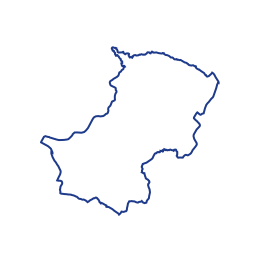 Kenedougou, Kénédougou, Burkina Faso, rotated 31°
{"feature_id": "67063806B9375485614542", "entity_name": "Kenedougou", "entity_type": "district", "adm_level": 2, "iso_a3": "BFA", "parent_name": "Burkina Faso", "parent_adm1": "Kénédougou", "projection": "albers", "projection_center": [-4.927, 11.414], "detail": "fine", "context": "isolated", "style": "outline", "palette": "blue", "viewbox_px": 256, "rotation_deg": 31, "n_neighbors": 0, "source": "geoboundaries", "source_scale": "gbopen_adm2", "svg_char_len": 5820}
<svg xmlns="http://www.w3.org/2000/svg" viewBox="0 0 256 256"><g transform="rotate(31 128 128)"><path d="M171.6,37.2L171.6,38.2L170.6,41.7L169.6,43.0L169.2,43.2L167.6,42.8L167.5,42.6L167.3,42.7L166.6,42.6L165.0,41.7L161.6,41.6L158.9,41.3L158.8,41.5L156.1,41.6L155.3,41.3L154.9,40.9L154.5,40.2L154.0,40.2L153.3,40.8L151.8,40.6L150.9,41.1L150.2,41.8L148.3,42.5L147.4,42.6L146.6,42.2L145.6,42.3L144.7,42.0L142.8,42.6L138.0,42.6L137.2,43.3L135.8,43.6L135.1,44.2L134.7,44.2L134.2,43.9L133.0,45.0L132.1,45.2L130.5,44.7L129.7,44.7L128.3,45.5L126.4,45.1L124.3,45.3L122.6,46.0L120.9,46.0L120.2,45.4L119.6,45.7L119.6,45.9L119.0,46.0L118.9,46.5L118.4,46.9L115.5,48.1L113.4,48.6L111.5,50.0L110.6,50.4L110.1,50.1L109.4,50.1L109.1,50.3L108.9,52.4L108.4,52.6L107.3,52.3L106.0,52.9L105.7,53.3L105.7,54.1L105.0,56.1L104.5,56.6L103.9,56.7L103.3,57.4L101.4,57.9L100.6,59.1L100.0,59.2L99.4,60.4L97.8,61.6L96.7,61.7L95.7,62.6L95.1,63.9L95.4,64.0L95.5,64.4L95.2,65.1L95.3,65.6L93.9,65.7L93.3,66.6L92.9,66.6L92.4,66.0L91.5,65.8L91.1,65.3L90.9,64.1L90.6,63.9L89.7,64.0L88.1,65.0L87.6,66.2L85.5,66.0L84.8,65.2L84.6,65.2L83.9,66.3L81.0,68.2L80.0,68.2L79.1,67.0L78.3,66.5L77.4,66.4L77.0,65.6L76.1,65.7L75.9,66.0L74.7,66.4L73.5,66.6L73.1,67.1L73.0,67.8L73.3,68.4L74.4,69.0L75.0,69.6L75.3,69.6L75.8,69.1L76.3,69.2L76.8,69.9L78.1,70.2L78.7,71.3L79.4,71.4L79.9,72.0L80.5,72.3L80.9,71.9L81.0,71.3L81.4,71.0L81.9,71.4L83.3,71.5L83.7,71.9L85.3,72.6L86.4,72.7L87.0,73.7L87.5,73.9L88.7,73.9L89.6,75.3L89.0,76.0L90.7,77.7L91.2,77.8L92.4,76.8L93.0,76.7L93.8,77.1L93.1,78.3L93.6,79.6L93.6,80.1L92.8,81.7L92.9,83.1L92.0,84.9L92.7,87.5L92.7,88.4L92.1,90.1L90.2,93.5L90.0,94.4L88.7,97.0L88.8,98.1L89.6,99.2L90.9,100.2L91.7,100.4L95.9,100.0L97.0,100.2L97.9,101.7L98.8,102.1L99.6,103.0L99.6,105.1L100.1,107.0L100.8,108.4L102.2,110.4L102.3,111.2L100.7,113.6L101.4,117.9L100.8,120.3L100.9,121.1L101.3,122.1L102.4,123.4L102.6,124.6L102.9,125.2L102.7,126.3L101.8,127.4L101.3,129.2L100.5,130.6L98.3,132.3L96.2,133.2L94.4,134.6L93.5,136.0L93.2,137.3L93.2,139.4L93.7,148.4L93.6,149.4L93.2,151.9L92.5,154.0L90.6,156.0L86.5,158.1L84.5,159.4L83.8,161.9L84.0,163.0L83.4,165.8L82.6,168.3L81.6,169.3L79.5,171.0L75.1,173.9L73.0,174.6L65.9,176.4L64.8,176.4L64.2,176.8L61.3,177.6L60.5,178.9L60.7,184.6L60.9,185.1L67.7,184.8L69.2,184.8L71.9,185.3L72.8,185.6L75.8,187.8L76.0,188.1L74.7,188.1L75.2,189.0L75.6,189.5L78.5,191.9L81.8,193.9L83.8,194.6L86.0,195.8L87.9,196.6L92.3,199.5L92.5,199.7L93.2,201.0L93.6,202.4L93.8,204.0L93.9,205.9L94.3,209.4L95.6,209.0L96.8,208.2L98.0,207.9L98.4,208.0L98.6,207.9L99.2,208.2L100.0,209.1L100.3,209.8L100.3,212.4L100.4,213.3L101.1,214.7L101.4,215.9L102.8,217.3L103.5,218.7L103.7,218.8L104.7,218.6L107.9,217.2L109.6,216.3L110.7,215.9L112.2,215.1L113.8,214.4L114.4,214.4L115.7,213.9L117.4,213.6L118.9,213.5L119.5,213.3L120.2,213.4L121.7,213.8L122.7,213.8L124.0,213.2L125.9,212.9L126.6,212.3L127.1,212.1L129.3,211.9L130.5,212.2L131.4,212.3L131.4,211.9L131.9,211.7L132.2,211.2L132.3,210.6L132.8,209.4L133.8,207.8L133.8,207.7L134.1,207.3L134.6,206.0L135.4,205.5L136.2,204.2L136.8,204.0L137.7,204.0L138.0,204.3L139.3,204.5L140.9,205.4L141.6,206.1L142.0,206.2L141.9,206.1L142.6,206.1L145.0,205.7L148.0,205.7L149.4,205.5L149.6,205.6L149.7,206.3L150.0,206.7L150.6,206.5L151.9,205.7L155.7,205.6L157.3,205.7L158.7,206.0L162.5,206.2L164.3,206.4L164.9,206.8L165.2,206.0L165.5,204.7L165.5,203.0L166.4,202.7L167.5,202.1L168.8,200.6L169.2,200.3L169.3,199.9L169.1,198.6L168.4,197.2L167.5,194.3L166.9,193.0L166.8,190.2L168.5,189.1L168.8,188.7L170.1,188.3L170.8,187.8L171.4,187.6L173.3,187.4L174.6,187.0L175.1,186.6L175.5,185.7L177.0,184.5L177.3,183.9L177.4,183.5L179.3,184.1L179.9,184.1L180.2,183.9L181.0,183.8L182.2,182.5L181.7,181.1L181.7,180.4L181.7,179.9L182.1,177.6L181.0,174.9L180.1,172.1L179.8,171.6L178.0,169.4L176.4,168.3L174.6,166.6L174.5,166.2L174.2,165.7L174.2,165.4L174.4,165.0L174.3,164.5L174.4,163.7L173.9,163.2L173.8,162.8L173.3,162.5L172.5,162.4L172.1,162.1L171.6,162.0L170.3,162.1L169.2,162.0L168.9,161.7L168.6,161.3L168.3,161.0L167.8,160.8L166.4,159.4L166.1,159.2L165.3,158.3L164.6,158.8L164.2,158.7L163.7,158.9L162.6,158.8L162.7,158.3L161.9,157.3L161.7,156.8L161.8,156.2L161.6,155.5L160.0,154.5L159.7,154.1L159.7,153.5L159.5,153.2L159.4,152.1L159.2,151.5L159.2,151.2L159.6,150.9L159.9,150.3L161.7,148.2L164.3,142.5L164.6,141.2L164.3,138.7L164.2,136.3L164.6,135.7L165.0,135.3L164.9,135.2L165.3,134.8L165.3,134.2L165.8,133.4L166.1,133.3L166.1,133.2L166.4,133.0L166.8,132.9L167.1,132.5L167.3,132.6L167.6,132.5L167.8,131.8L167.8,131.3L167.9,131.1L168.0,131.0L167.8,130.8L168.6,130.5L169.0,130.2L169.0,129.3L169.3,129.3L169.9,129.4L169.7,128.8L169.9,128.6L170.0,128.9L170.2,128.3L170.0,127.6L170.6,127.6L170.5,127.4L171.2,127.3L171.7,127.4L171.9,127.0L172.4,126.8L172.8,127.0L173.2,126.9L174.1,126.0L174.7,125.8L175.2,124.8L175.5,124.7L176.7,124.5L178.4,123.9L178.9,124.0L179.0,123.5L178.7,123.3L178.8,122.8L179.9,122.0L180.2,121.9L180.8,122.2L181.4,122.9L182.5,123.1L182.8,123.5L183.1,124.3L183.7,124.9L183.7,125.3L184.1,126.2L184.1,126.8L184.9,127.1L185.6,127.6L186.3,127.6L187.8,126.5L190.2,125.2L190.3,123.6L190.7,122.1L191.2,121.4L191.7,121.1L193.4,120.6L194.5,118.6L194.7,117.9L195.0,117.2L194.9,116.7L195.0,115.8L194.8,113.5L195.1,111.8L195.5,108.5L195.5,107.0L195.3,106.4L194.5,105.5L190.8,103.5L189.8,102.7L188.4,101.3L187.8,100.0L187.7,98.8L187.6,94.0L187.8,93.0L188.5,89.9L188.5,89.3L188.2,88.6L187.7,88.0L186.3,87.4L184.7,87.0L183.5,86.6L182.0,86.4L179.7,85.8L179.4,85.6L179.1,85.0L179.1,83.7L179.1,80.5L179.3,79.2L179.4,78.9L179.7,78.9L181.5,79.3L182.8,79.4L183.5,79.2L184.2,77.6L185.3,76.5L183.8,71.3L183.2,67.7L183.4,65.9L183.9,63.8L184.3,60.2L184.9,58.1L184.9,57.0L183.1,48.4L182.1,45.0L181.8,42.6L182.4,42.6L182.2,42.2L181.5,41.6L176.9,39.3L174.8,38.0L173.1,37.3L171.6,37.2Z" fill="none" stroke="#1e3a8a" stroke-width="2"/></g></svg>